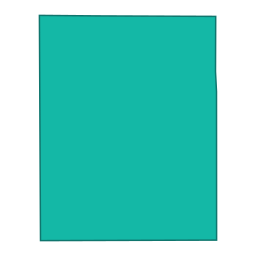 Hanson, South Dakota, United States of America (Equal Earth projection)
{"feature_id": "52423323B35653525387380", "entity_name": "Hanson", "entity_type": "district", "adm_level": 2, "iso_a3": "USA", "parent_name": "United States of America", "parent_adm1": "South Dakota", "projection": "equal_earth", "projection_center": [-97.772, 43.675], "detail": "fine", "context": "isolated", "style": "filled", "palette": "teal", "viewbox_px": 256, "rotation_deg": 0, "n_neighbors": 0, "source": "geoboundaries", "source_scale": "gbopen_adm2", "svg_char_len": 219}
<svg xmlns="http://www.w3.org/2000/svg" viewBox="0 0 256 256"><path d="M40.5,240.6L216.6,240.1L216.5,91.7L215.5,71.7L215.7,16.4L96.5,15.9L39.4,15.4L40.5,240.6Z" fill="#14b8a6" stroke="#0f766e" stroke-width="1.5"/></svg>